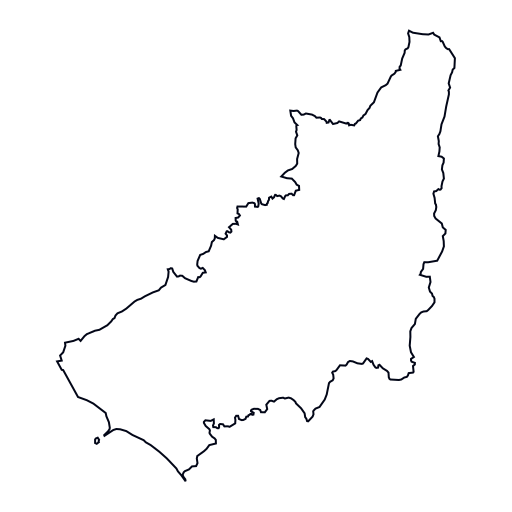 Mele, Shefa, Vanuatu
{"feature_id": "77236927B59461179812420", "entity_name": "Mele", "entity_type": "district", "adm_level": 2, "iso_a3": "VUT", "parent_name": "Vanuatu", "parent_adm1": "Shefa", "projection": "robinson", "projection_center": [168.323, -17.649], "detail": "fine", "context": "isolated", "style": "outline", "palette": "ink", "viewbox_px": 512, "rotation_deg": 0, "n_neighbors": 0, "source": "geoboundaries", "source_scale": "gbopen_adm2", "svg_char_len": 6055}
<svg xmlns="http://www.w3.org/2000/svg" viewBox="0 0 512 512"><path d="M443.9,158.5L441.6,156.7L438.4,156.1L439.4,151.5L439.7,147.4L438.6,144.0L438.8,141.2L437.9,136.3L439.4,134.0L440.4,131.3L441.5,124.3L444.5,116.6L446.2,106.5L448.9,94.4L448.9,91.7L448.4,90.5L450.1,87.6L448.7,83.4L450.6,75.2L452.1,72.3L452.7,69.6L454.4,68.0L454.9,58.2L449.1,49.1L447.7,49.1L446.2,48.1L444.8,46.5L442.7,41.8L442.0,41.1L440.8,41.2L439.5,37.4L434.2,34.6L433.1,32.8L428.5,34.5L422.6,34.2L412.9,32.7L409.0,30.7L408.1,33.4L409.3,37.1L409.5,41.9L408.4,47.2L407.6,48.4L405.6,49.3L404.8,50.4L404.6,52.9L402.2,58.5L400.7,65.6L399.7,66.6L399.5,68.4L400.3,69.8L395.8,70.9L395.6,72.1L394.4,73.7L391.5,75.6L390.8,76.6L387.5,83.7L385.7,85.2L381.2,87.4L377.5,92.5L373.9,102.3L370.4,105.7L369.5,108.0L367.6,110.0L365.5,114.0L363.4,115.5L362.4,117.5L360.8,118.5L360.1,120.1L358.1,120.7L356.0,123.4L354.9,123.9L354.2,125.4L350.9,124.8L349.1,125.3L348.8,123.5L348.1,122.9L347.4,122.9L347.2,123.5L346.0,123.5L339.1,121.4L337.4,123.0L333.0,124.0L329.9,119.9L329.4,120.0L328.5,122.5L326.7,122.8L326.5,121.7L324.1,119.1L321.8,119.0L321.0,117.9L320.0,117.5L316.4,117.7L314.9,116.1L312.0,114.6L305.9,113.5L303.7,114.6L301.4,114.8L298.1,111.1L297.0,110.6L293.5,111.0L290.3,110.6L291.1,115.8L293.0,118.3L294.5,122.4L297.2,125.0L296.6,125.1L296.3,126.0L296.6,130.0L296.0,131.7L297.3,135.4L295.6,138.3L295.2,144.1L295.7,147.4L297.8,150.3L298.7,153.0L297.1,159.0L297.2,163.6L295.8,165.9L292.2,169.0L288.0,170.4L284.9,172.7L281.3,176.5L286.9,178.2L291.8,178.6L295.2,182.1L296.7,184.7L299.0,185.9L299.2,189.9L295.8,190.7L294.1,195.2L293.1,195.2L291.6,193.7L289.1,193.9L287.8,195.3L285.9,195.4L285.2,196.1L283.9,199.0L282.8,198.5L281.0,196.3L279.5,195.6L277.2,196.1L275.8,194.9L275.1,194.9L274.0,197.3L272.5,198.6L271.3,196.6L269.1,197.7L268.9,199.9L268.0,201.3L267.7,203.0L266.9,203.6L266.8,204.8L265.1,205.1L261.9,204.2L261.2,203.4L259.8,199.0L258.9,198.1L257.6,198.6L258.7,203.7L258.2,206.5L257.7,206.9L255.0,206.6L254.9,204.0L254.4,203.2L252.4,202.6L248.4,203.1L246.2,206.6L237.5,206.5L237.1,208.0L237.7,209.4L237.5,213.4L239.0,214.1L239.9,215.5L238.2,217.5L235.6,218.0L235.7,220.7L236.7,221.9L237.2,221.8L237.9,224.5L235.9,223.8L232.8,223.9L229.0,227.2L231.2,229.7L231.4,231.6L230.4,232.6L228.9,232.3L227.5,231.2L226.7,231.3L225.6,233.7L227.0,235.4L227.0,236.9L223.8,239.3L217.8,237.9L214.9,235.8L214.8,238.4L214.0,240.1L211.9,242.0L211.1,245.7L208.7,251.3L206.0,252.0L203.2,253.9L200.2,254.9L197.6,260.9L197.2,264.4L197.4,265.7L199.4,268.0L200.9,268.7L202.7,267.9L204.9,270.2L205.7,272.4L202.8,272.8L200.6,276.4L199.7,277.2L198.2,277.1L196.4,281.5L193.9,281.7L191.4,281.0L185.0,278.2L182.3,275.8L180.0,275.6L178.7,276.4L177.0,276.6L173.3,271.9L172.2,268.5L170.8,268.2L169.4,269.1L167.8,269.3L168.6,271.7L168.1,277.0L165.4,285.0L161.0,287.6L158.8,290.3L152.9,292.4L144.9,296.3L141.0,298.7L137.3,299.9L134.6,301.5L126.3,308.6L121.9,311.5L117.5,313.3L115.5,315.5L114.5,318.1L112.8,319.1L111.3,321.3L107.4,325.2L99.4,329.8L95.0,330.7L86.9,334.1L84.5,336.1L80.6,340.9L78.6,338.8L73.5,340.9L65.0,342.7L65.4,345.7L63.2,352.3L60.1,355.5L61.7,360.6L57.1,361.4L61.7,369.8L63.2,370.1L78.0,397.0L86.8,400.2L93.4,403.6L105.7,413.0L106.4,416.3L108.9,422.2L109.8,427.8L109.5,429.3L108.0,431.4L104.2,435.1L104.5,435.8L113.3,430.0L116.4,429.0L120.2,429.3L126.3,431.1L132.5,435.0L143.7,440.2L145.8,442.3L150.7,445.1L159.4,451.8L166.7,458.3L176.4,468.5L177.9,471.3L181.2,475.1L185.6,481.3L185.3,479.3L183.6,477.1L182.6,474.9L183.7,472.3L184.8,471.2L189.0,469.4L192.0,466.4L196.1,466.1L197.5,463.1L196.8,458.5L197.3,456.0L204.0,451.2L206.6,448.8L209.3,445.1L215.9,443.5L215.8,439.9L214.6,438.4L212.1,436.7L209.8,433.7L209.5,432.9L209.9,430.4L209.4,429.2L205.7,426.0L203.9,422.9L203.9,421.9L205.4,420.3L210.7,420.9L213.7,419.4L213.9,423.4L213.0,425.5L213.3,427.1L215.9,427.2L217.3,428.2L218.6,428.2L219.1,427.2L219.0,424.9L220.1,424.0L223.0,424.3L224.4,426.4L227.9,426.3L229.6,426.8L235.2,423.4L235.4,420.0L235.0,417.7L236.2,415.8L238.1,415.8L239.0,419.0L241.6,420.1L243.2,420.0L245.5,418.9L246.3,416.7L248.0,416.5L248.5,415.2L249.7,414.8L250.3,414.0L251.3,413.8L252.2,414.8L253.4,414.6L253.7,412.8L251.0,411.2L251.0,410.4L251.8,409.6L253.9,408.8L258.0,408.9L260.2,410.0L261.0,412.2L264.8,412.3L267.2,409.1L266.3,404.7L269.5,400.9L271.4,400.7L274.0,401.6L276.8,399.2L279.1,398.2L283.1,397.7L284.9,398.5L288.6,397.6L291.0,398.3L293.6,400.1L295.4,401.9L296.0,403.4L301.1,408.3L304.6,413.3L305.2,417.2L306.3,418.6L307.1,421.1L308.2,421.3L312.6,416.6L313.5,414.3L313.2,411.3L313.6,410.6L315.5,408.6L319.5,407.0L324.7,399.6L326.7,394.5L329.0,383.1L330.1,381.8L332.7,380.3L333.6,378.4L333.2,374.7L332.2,372.7L332.9,371.6L335.3,371.1L336.4,370.2L340.0,365.3L345.5,365.6L346.6,364.6L348.0,362.1L349.8,361.0L352.8,361.4L357.4,363.3L361.8,363.9L363.0,363.5L366.6,358.4L368.1,359.0L370.8,361.9L372.1,361.1L373.5,364.7L375.3,367.3L376.3,367.9L378.1,367.6L378.4,365.3L379.5,364.8L382.8,368.3L387.0,370.9L388.5,372.6L388.8,377.3L389.5,378.9L390.4,379.5L398.9,380.0L401.3,379.5L404.3,377.5L406.8,376.9L407.9,375.5L408.7,373.1L413.0,372.6L413.6,371.8L413.0,366.0L414.8,364.5L414.9,362.9L411.6,361.7L411.0,360.4L411.0,358.9L413.9,357.0L411.0,352.3L409.7,345.7L410.4,337.0L410.3,331.3L411.5,328.0L414.9,324.0L415.8,318.8L419.6,313.9L421.2,312.4L423.5,311.5L426.7,311.2L428.2,310.0L432.0,306.0L434.5,302.3L434.5,298.7L433.8,297.0L432.6,296.0L432.0,293.6L430.0,291.6L428.8,287.5L430.5,282.0L429.8,276.7L426.3,276.8L419.9,274.8L420.6,273.8L420.9,271.9L423.1,268.9L423.5,264.2L424.3,262.2L427.9,262.3L437.2,260.7L442.1,251.5L443.9,246.4L443.7,241.1L442.8,236.1L445.4,233.5L445.7,229.9L442.8,227.4L441.8,223.5L435.6,218.5L434.2,216.0L434.1,213.5L435.8,210.2L436.3,207.0L435.9,204.5L435.2,203.6L434.6,197.9L433.4,193.7L434.1,191.4L436.2,191.1L438.4,189.1L439.4,189.7L440.5,189.6L441.6,188.2L441.5,186.2L442.5,181.4L443.9,178.6L443.3,173.0L441.9,169.4L442.4,165.3L443.6,162.6L443.9,158.5ZM95.1,439.5L95.1,443.0L96.7,443.8L98.9,442.1L98.6,441.2L99.1,439.8L97.7,437.7L95.8,438.5L95.1,439.5Z" fill="none" stroke="#020617" stroke-width="2"/></svg>